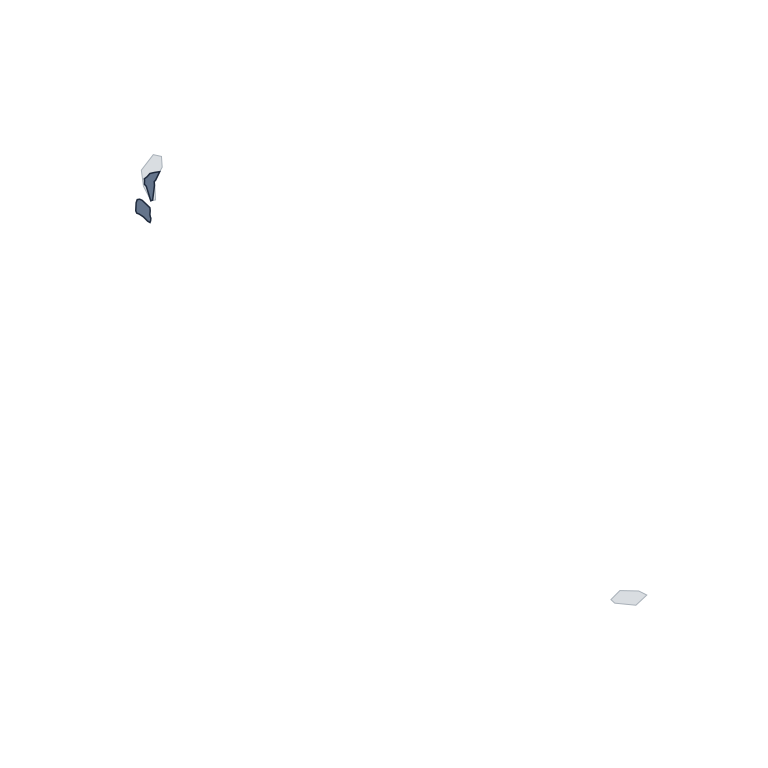 where Alo sits in Wallis and Futuna, rotated 69°
{"feature_id": "WLF-4997", "entity_name": "Alo", "entity_type": "state/province", "adm_level": 1, "iso_a3": "WLF", "parent_name": "Wallis and Futuna", "parent_adm1": "", "projection": "albers", "projection_center": [-178.058, -14.317], "detail": "fine", "context": "in_parent", "style": "filled", "palette": "slate", "viewbox_px": 768, "rotation_deg": 69, "n_neighbors": 0, "source": "natural_earth", "source_scale": "10m", "svg_char_len": 795}
<svg xmlns="http://www.w3.org/2000/svg" viewBox="0 0 768 768"><g transform="rotate(69 384 384)"><path d="M129.4,535.8L113.2,537.7L97.4,533.9L87.2,517.2L91.8,510.2L102.1,513.4L112.7,525.7L130.3,531.3L129.4,535.8ZM671.3,247.1L666.6,249.4L661.4,237.8L668.5,220.4L675.2,214.3L680.8,228.1L671.3,247.1Z" fill="#d9dde1" stroke="#a8b0b8" stroke-width="1"/><path d="M148.0,543.4L149.4,544.6L147.3,546.3L141.8,548.7L137.7,551.6L135.9,553.6L133.4,553.7L125.9,550.4L123.4,548.3L123.9,545.9L125.9,543.9L135.5,539.4L138.5,540.2L141.8,541.8L144.5,542.3L145.6,542.2L148.0,543.4ZM105.4,517.3L111.9,524.2L112.7,526.0L116.3,527.1L129.4,534.1L129.4,536.1L114.2,535.1L111.7,536.1L108.0,534.5L106.6,534.3L105.6,530.9L103.6,527.1L104.2,522.7L105.4,517.3Z" fill="#64748b" stroke="#1e293b" stroke-width="1.5"/></g></svg>